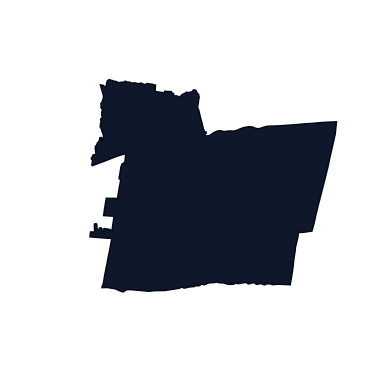 outline of Bac Lieu, Bạc Liêu, Vietnam, rotated 25°
{"feature_id": "81297802B6284379291034", "entity_name": "Bac Lieu", "entity_type": "district", "adm_level": 2, "iso_a3": "VNM", "parent_name": "Vietnam", "parent_adm1": "Bạc Liêu", "projection": "orthographic", "projection_center": [105.722, 9.268], "detail": "fine", "context": "isolated", "style": "filled", "palette": "ink", "viewbox_px": 384, "rotation_deg": 25, "n_neighbors": 0, "source": "geoboundaries", "source_scale": "gbopen_adm2", "svg_char_len": 5925}
<svg xmlns="http://www.w3.org/2000/svg" viewBox="0 0 384 384"><g transform="rotate(25 192 192)"><path d="M320.3,234.5L319.8,233.1L316.4,220.9L315.2,217.1L312.8,210.3L310.4,202.0L309.0,197.9L307.1,188.6L305.6,183.4L307.0,183.0L310.2,181.3L317.2,176.7L316.0,170.0L316.0,169.5L313.9,160.2L311.9,150.3L311.1,145.8L310.8,144.3L306.4,120.9L304.5,111.5L302.7,103.8L297.2,78.4L296.6,77.1L293.3,67.3L281.7,73.4L274.7,77.4L273.1,78.4L264.3,83.2L258.9,86.4L243.6,94.9L238.8,97.4L233.4,100.1L231.3,101.5L229.0,103.5L227.9,104.6L226.9,105.5L226.3,106.0L225.6,106.4L224.7,106.9L223.8,107.2L222.9,107.3L219.3,107.6L218.5,107.8L217.5,108.1L216.3,108.6L215.5,109.1L214.0,110.1L211.2,112.2L210.0,113.4L207.1,116.6L206.1,117.6L205.0,118.5L203.3,119.6L200.0,120.9L199.4,121.3L196.5,123.1L195.5,123.6L194.4,124.0L192.3,124.3L191.6,124.5L190.0,125.4L188.6,126.8L186.7,128.9L186.1,129.8L185.3,131.5L184.9,132.2L184.5,132.8L184.0,133.4L182.9,134.4L181.3,135.0L179.6,135.4L179.5,132.9L180.0,132.6L179.2,131.6L178.0,132.3L177.4,131.6L176.7,131.1L176.5,130.7L176.3,130.8L176.2,130.8L172.2,125.7L166.6,119.0L166.4,118.6L163.4,114.9L162.8,114.2L161.9,114.2L161.5,113.3L160.9,111.7L160.4,110.1L159.8,107.6L159.3,106.6L159.0,105.5L158.5,103.6L158.5,103.2L157.8,102.2L157.3,101.7L156.9,100.9L156.5,100.7L155.0,100.2L154.4,99.8L153.1,98.5L152.7,98.3L152.3,98.3L151.2,98.6L150.4,98.6L150.2,98.9L150.1,99.2L150.0,100.3L149.9,100.8L149.3,101.5L148.7,101.8L148.0,102.5L147.2,103.3L146.9,103.5L146.5,103.6L145.9,103.5L145.5,103.5L145.1,103.8L144.7,104.2L143.5,106.1L142.5,107.1L142.0,107.8L141.4,109.2L141.1,110.9L140.8,111.1L140.4,111.3L140.1,111.4L138.9,111.3L137.8,111.4L137.1,111.5L134.1,112.7L133.8,110.6L132.8,110.6L131.6,110.8L130.9,109.8L127.6,111.1L124.7,112.3L125.1,113.8L119.5,115.5L116.1,116.5L114.4,112.3L113.7,110.6L113.2,110.7L112.4,110.9L110.7,111.1L109.9,111.3L108.4,111.9L107.7,112.1L106.0,112.4L105.2,113.0L104.7,113.9L103.8,114.7L103.4,114.9L102.9,114.9L102.2,114.9L101.5,114.7L100.3,114.8L99.8,114.9L99.4,115.1L98.9,115.5L97.8,116.4L97.2,116.8L96.6,116.9L95.9,116.9L94.6,117.1L92.5,118.1L91.6,118.6L91.1,118.8L89.4,118.8L88.9,118.9L87.9,119.2L87.0,119.8L86.3,120.0L86.0,120.0L85.2,119.7L84.8,119.8L84.6,119.9L83.6,121.4L83.1,121.8L82.7,122.0L81.7,122.3L81.3,122.5L80.5,123.2L80.2,123.7L79.9,123.7L79.2,123.9L78.3,124.0L77.9,124.0L76.8,124.0L76.3,124.0L75.9,124.1L74.7,124.5L72.5,124.7L71.0,125.0L70.3,125.1L69.8,125.0L69.2,125.6L68.6,126.4L68.4,126.7L68.3,127.5L68.4,128.1L69.1,131.1L69.6,133.2L69.6,133.4L69.4,133.5L68.5,133.4L67.4,133.2L66.2,132.9L63.9,133.6L63.7,133.7L69.2,139.9L70.6,141.5L71.0,142.2L72.0,144.2L72.1,145.0L72.1,145.9L72.2,146.3L72.5,147.2L72.4,148.3L72.4,149.4L72.3,149.9L72.1,150.3L72.1,150.5L72.3,150.8L72.8,151.4L73.0,151.7L73.3,152.3L73.4,153.2L73.6,153.5L74.3,154.2L75.1,154.7L75.8,155.1L76.3,155.5L76.5,155.7L76.6,156.0L76.6,156.3L76.3,157.2L76.3,157.5L76.4,157.9L77.3,158.9L77.4,159.2L77.4,160.0L77.7,160.5L77.9,160.8L78.5,161.0L78.9,161.5L79.0,161.8L79.1,162.6L78.6,163.7L78.5,164.1L78.5,164.5L78.7,165.1L80.0,167.0L80.1,167.4L80.1,168.5L80.2,168.8L80.6,169.5L80.9,170.8L81.0,171.2L81.2,171.5L81.7,172.0L82.9,172.9L83.9,173.9L84.3,174.5L85.1,175.3L86.3,176.4L87.2,177.3L87.9,178.3L88.2,178.8L88.9,181.1L89.4,182.2L89.4,182.3L89.3,182.6L89.2,182.8L88.9,182.9L88.3,182.6L87.9,182.3L87.1,181.2L86.9,181.0L86.6,181.0L86.4,181.1L85.7,181.7L85.7,181.9L85.7,182.5L86.3,184.1L86.3,184.7L85.9,186.8L85.5,187.7L85.5,187.9L85.8,188.3L85.9,188.7L85.6,189.5L85.7,190.4L85.7,190.7L85.6,190.9L85.1,191.5L85.6,192.3L85.8,192.6L85.9,192.8L86.0,193.6L86.3,194.2L87.2,194.9L87.3,195.1L87.4,195.8L87.9,196.4L88.3,197.1L88.6,197.8L88.7,198.1L88.6,198.7L88.5,198.9L88.3,199.2L87.9,199.4L87.2,199.8L86.9,200.0L86.7,200.2L86.6,200.5L86.6,200.8L86.8,201.4L86.9,201.9L86.8,202.2L86.5,203.2L86.5,203.8L86.6,204.1L86.8,204.4L87.2,204.8L88.4,205.2L88.6,205.4L88.8,205.7L88.9,206.3L89.0,207.0L89.4,207.9L89.5,208.5L89.6,209.6L90.5,210.2L93.2,207.5L96.0,204.7L101.6,199.0L107.1,193.1L110.8,189.5L115.6,185.2L116.8,188.1L117.5,190.2L118.4,192.8L118.4,193.5L117.8,194.9L117.6,195.2L117.1,195.7L116.8,196.0L116.7,196.3L116.7,196.6L116.8,196.9L116.9,197.3L117.0,197.7L117.0,198.1L116.9,199.0L118.6,204.7L119.7,208.9L120.2,210.5L120.5,210.8L120.9,210.8L122.2,210.9L122.8,213.1L123.5,215.7L124.1,218.2L126.8,227.9L127.3,229.3L120.1,232.5L118.3,233.4L117.0,233.9L119.7,243.6L120.3,245.6L121.8,250.7L126.5,248.9L131.6,246.9L132.5,249.8L134.0,255.0L135.8,260.6L134.1,261.2L133.9,260.7L133.4,260.7L127.8,262.2L127.7,262.4L127.8,262.8L128.4,264.6L128.4,265.0L128.0,265.3L127.1,265.5L126.9,265.5L126.4,264.1L126.2,263.7L126.0,263.4L125.7,263.2L125.2,263.0L123.8,263.3L123.5,263.8L123.4,264.8L123.5,265.6L123.3,265.9L122.8,266.0L122.3,265.9L121.6,265.5L121.1,264.9L119.5,261.8L119.2,261.3L118.9,261.2L118.4,261.4L117.4,261.9L117.3,262.2L117.4,263.0L119.8,267.8L120.5,269.2L120.5,269.4L120.2,269.7L117.0,271.0L117.3,272.2L118.5,275.7L120.3,275.1L121.7,274.5L129.4,271.7L139.0,268.0L140.2,272.6L141.6,278.2L142.3,280.6L143.1,284.5L143.7,286.6L144.6,290.4L145.2,292.3L145.6,294.4L148.3,305.2L150.3,312.3L150.5,313.2L150.5,315.6L150.8,316.7L155.7,314.3L163.6,312.1L168.0,312.1L170.8,311.9L172.3,311.2L173.3,309.0L174.9,307.6L178.6,306.0L194.9,300.2L199.3,297.5L209.1,292.7L221.0,284.7L222.4,283.2L222.6,282.2L223.0,282.0L223.7,282.4L225.2,282.5L226.5,281.8L228.2,280.2L231.5,278.1L234.2,276.6L235.1,275.1L236.8,274.7L238.5,273.5L239.6,271.3L240.7,270.9L241.6,271.2L243.2,270.1L244.6,268.3L245.8,267.1L249.3,265.3L252.5,263.2L256.0,262.4L258.3,261.2L263.7,260.4L267.9,258.5L269.4,257.2L270.0,256.2L271.2,255.6L272.1,255.8L273.6,254.9L278.4,251.5L280.0,251.0L281.0,251.4L282.1,251.4L283.2,250.6L284.4,249.3L286.0,248.2L287.6,247.9L288.8,248.4L289.8,248.3L290.5,247.8L291.7,246.7L292.9,246.1L294.7,245.6L295.8,245.8L297.3,245.4L297.7,244.2L300.0,242.9L301.7,242.2L304.0,242.0L309.1,239.1L320.3,234.5Z" fill="#0f172a" stroke="#020617" stroke-width="1.5"/></g></svg>